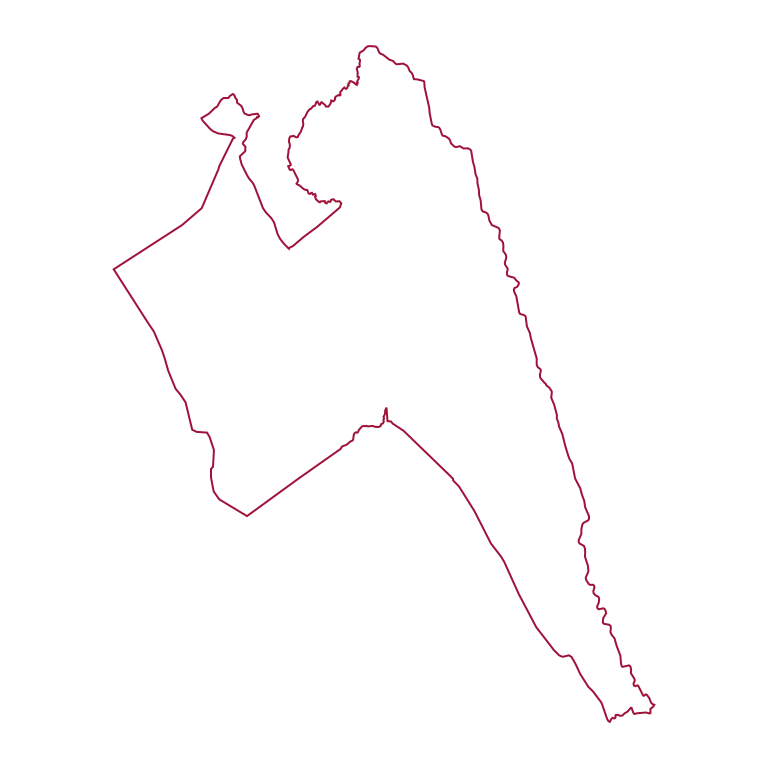 Kibwezi East, Eastern, Kenya (Equal Earth projection)
{"feature_id": "3690345B7491344905793", "entity_name": "Kibwezi East", "entity_type": "district", "adm_level": 2, "iso_a3": "KEN", "parent_name": "Kenya", "parent_adm1": "Eastern", "projection": "equal_earth", "projection_center": [38.226, -2.656], "detail": "fine", "context": "isolated", "style": "outline", "palette": "rose", "viewbox_px": 768, "rotation_deg": 0, "n_neighbors": 0, "source": "geoboundaries", "source_scale": "gbopen_adm2", "svg_char_len": 6053}
<svg xmlns="http://www.w3.org/2000/svg" viewBox="0 0 768 768"><path d="M219.3,499.4L247.0,516.1L298.2,478.8L340.9,448.7L341.5,447.0L342.5,446.3L346.7,444.7L350.6,441.3L352.0,440.9L353.1,439.8L353.8,434.7L354.4,433.4L355.9,432.3L357.4,432.6L358.1,431.9L358.9,429.9L361.9,426.5L363.3,426.0L366.0,426.2L366.6,425.9L368.0,426.4L372.7,425.9L375.2,426.9L378.3,427.0L380.6,426.2L381.0,424.3L383.0,423.3L383.8,421.5L383.4,420.1L384.1,418.3L383.5,416.8L384.8,414.4L385.2,412.4L385.1,410.7L386.5,407.6L387.5,421.1L391.0,421.5L392.7,423.6L403.6,430.8L450.5,476.2L453.0,478.8L453.2,480.5L459.1,486.6L474.4,511.0L491.0,543.6L501.2,556.8L504.2,561.8L518.7,593.9L536.2,627.1L554.0,650.2L558.9,655.1L561.5,656.5L563.5,656.7L568.8,655.3L571.6,657.0L576.0,664.9L580.2,674.0L588.4,686.9L592.9,691.3L601.0,702.0L601.9,703.8L607.2,719.1L608.5,721.2L609.8,721.9L611.5,718.7L612.6,717.9L614.2,718.5L614.9,718.2L615.5,717.5L615.5,715.3L616.1,714.9L618.4,715.0L619.6,715.8L622.3,715.6L624.4,713.5L627.4,711.7L630.8,707.9L631.5,707.8L633.4,712.9L634.4,714.0L636.8,713.3L645.9,712.5L649.8,713.5L650.5,712.9L650.4,708.9L653.4,706.5L654.3,704.7L652.7,704.3L651.1,702.7L649.2,698.0L646.8,694.8L645.8,694.4L643.9,695.8L643.2,695.6L638.1,685.6L637.2,685.4L635.5,686.1L633.9,685.5L633.5,683.5L634.7,681.0L634.7,679.8L634.3,678.6L630.9,673.2L631.1,669.7L630.4,666.4L629.0,665.4L622.8,666.8L622.1,666.6L621.6,665.8L621.0,663.4L620.4,655.8L616.7,646.0L614.5,638.3L611.7,634.9L610.4,632.0L610.9,628.0L610.7,626.2L609.4,624.8L603.9,623.8L602.8,622.6L603.2,618.2L606.1,613.4L605.5,610.5L604.4,608.8L603.4,608.3L598.6,609.3L597.4,608.2L597.1,606.5L598.8,602.5L599.2,598.2L598.2,596.7L595.6,595.4L593.6,593.2L593.3,591.2L594.5,587.1L593.9,585.5L593.2,584.8L590.1,584.8L589.0,584.3L586.6,580.8L585.8,578.7L585.8,577.4L588.2,572.0L588.4,570.5L587.9,565.8L584.9,556.4L585.2,552.0L584.9,548.3L583.9,545.9L579.6,543.5L578.7,542.0L578.6,540.3L581.3,534.1L581.4,528.8L582.4,524.4L583.7,522.7L588.3,520.3L589.0,518.7L589.0,516.3L585.1,507.0L584.3,501.0L581.9,494.6L580.2,488.2L575.1,478.5L572.2,463.6L569.5,459.0L568.2,455.5L565.3,446.1L562.3,434.0L559.1,426.6L558.4,422.8L556.8,418.3L556.9,415.0L554.2,404.8L551.2,397.7L551.8,392.9L551.7,391.2L549.2,387.5L546.5,385.5L545.6,383.7L544.2,382.5L540.5,378.2L540.0,376.5L540.0,374.5L540.9,370.4L540.2,369.0L537.8,367.2L536.7,364.8L536.7,358.5L530.9,338.3L529.8,332.8L526.9,326.4L525.7,316.8L525.3,315.9L523.2,314.8L520.2,314.0L519.2,312.5L516.3,296.2L514.3,292.1L513.8,289.7L514.5,288.1L517.0,286.9L518.3,285.2L518.9,283.5L518.7,282.4L516.4,280.5L514.1,277.7L508.3,276.1L507.5,275.6L507.0,274.5L506.9,272.1L507.6,270.4L507.5,268.2L505.2,264.9L504.8,262.5L506.0,258.9L506.3,256.5L505.7,254.5L503.2,250.9L503.4,245.7L503.0,242.6L501.7,240.7L499.4,238.9L499.2,236.9L499.9,230.7L499.1,228.6L498.3,227.8L491.9,225.1L489.4,220.6L488.4,215.6L487.7,213.9L486.0,212.5L482.7,211.4L481.5,209.5L480.6,200.2L479.1,195.1L478.9,189.9L477.5,183.4L477.3,178.6L475.6,174.5L474.4,166.8L473.0,162.1L471.2,151.0L470.4,149.7L468.2,148.4L463.4,148.4L459.9,146.2L456.1,147.1L454.3,146.6L450.9,143.2L450.0,140.2L448.8,138.5L445.7,136.4L442.6,135.6L441.6,133.7L440.5,130.0L439.4,128.0L438.3,127.1L435.1,126.7L432.4,125.4L431.7,123.5L429.6,112.8L429.3,108.1L424.6,87.3L424.3,82.1L423.8,81.1L417.9,79.5L413.9,79.1L412.6,74.6L411.5,72.7L409.8,71.2L408.0,67.0L406.6,65.4L403.1,63.6L397.3,64.3L395.7,63.8L392.9,60.9L389.4,59.7L383.0,54.7L380.0,53.5L379.0,52.1L377.4,48.1L375.8,46.5L369.5,46.1L367.5,46.4L365.3,48.1L363.7,50.3L359.7,52.7L358.5,58.8L359.9,59.6L360.0,60.7L359.5,63.7L359.8,66.2L359.3,66.9L357.6,66.9L356.7,68.8L357.7,71.9L357.5,76.7L358.8,77.0L358.8,78.7L357.5,80.6L357.2,81.7L357.8,82.6L357.1,84.3L356.6,83.5L356.1,84.4L355.5,83.6L354.6,83.6L354.2,82.8L351.0,81.1L349.7,81.3L349.4,83.1L348.5,83.4L348.2,84.5L348.7,85.3L347.6,86.3L347.1,88.2L346.3,88.8L345.5,88.7L344.3,87.5L342.2,89.5L341.9,90.4L340.5,91.7L340.2,92.4L340.5,94.9L339.6,95.5L338.8,94.9L335.7,96.6L334.8,98.2L335.1,99.3L333.9,101.0L333.1,101.3L331.3,100.5L330.6,103.4L328.6,106.5L325.9,106.5L325.0,104.9L321.6,102.2L320.9,102.8L320.1,104.6L319.3,104.8L317.4,101.5L316.4,102.0L314.9,105.7L313.1,106.2L311.0,108.7L309.5,109.4L307.4,112.0L305.1,116.9L303.2,118.9L302.8,120.9L303.3,123.8L303.0,126.5L302.1,127.8L300.9,131.6L298.1,135.8L298.0,136.8L296.3,137.4L293.5,135.8L292.0,136.4L291.3,136.2L290.3,136.5L289.2,138.6L289.0,142.0L289.7,143.9L289.9,146.2L289.5,148.0L288.5,149.9L288.5,152.0L287.6,157.4L290.8,164.4L290.6,165.2L290.1,165.6L288.2,166.2L289.7,169.6L290.5,170.1L292.3,169.3L293.1,169.7L297.7,178.9L298.0,180.1L297.9,181.5L296.5,183.7L297.8,184.8L299.4,185.3L303.6,189.0L305.0,189.7L307.2,190.0L308.6,193.4L309.2,193.8L310.6,193.7L311.2,193.0L312.0,192.8L313.1,194.7L315.1,194.0L315.7,195.5L315.8,196.3L315.1,196.7L315.3,197.5L316.0,199.3L319.1,202.1L319.9,202.3L320.7,201.4L324.3,201.1L325.1,201.3L324.9,202.2L325.4,202.9L326.6,203.4L328.4,201.4L330.0,201.9L330.5,201.6L331.1,199.8L333.4,199.2L335.7,201.4L339.5,201.3L341.3,203.3L339.8,207.5L317.0,227.0L303.8,236.8L293.0,246.0L289.4,247.8L288.9,248.8L284.0,243.8L280.2,239.0L277.7,234.4L274.0,222.3L271.3,218.1L265.9,212.4L263.0,208.2L254.2,185.5L252.9,183.1L248.8,178.2L246.7,174.5L241.8,164.7L240.1,158.7L239.8,156.3L245.2,151.3L245.4,146.7L242.8,143.8L243.2,142.2L245.7,139.4L246.7,136.8L246.7,132.5L253.9,119.9L256.7,118.1L256.9,117.2L258.1,117.3L259.1,116.1L257.5,113.7L251.5,114.5L249.9,115.2L248.2,115.1L244.7,113.6L243.4,111.4L242.7,108.7L241.3,105.9L237.2,102.8L236.9,99.7L235.3,97.9L234.4,95.3L233.0,94.0L230.1,95.8L228.4,98.0L223.6,98.0L220.9,100.1L217.0,106.8L215.1,107.7L208.9,113.7L201.4,118.2L202.6,120.6L210.3,129.1L213.0,131.2L218.0,133.4L230.2,135.1L232.4,136.0L234.5,137.8L232.8,138.9L219.2,166.3L218.5,169.1L201.7,208.2L182.0,225.1L113.7,269.3L147.7,322.4L153.8,331.4L161.8,349.9L164.5,357.7L168.2,370.7L175.6,388.8L180.5,394.7L185.6,402.4L192.2,429.7L196.7,431.9L207.0,432.6L209.6,437.0L213.8,449.6L213.9,450.9L213.0,466.7L211.0,469.0L211.0,477.6L213.7,491.5L219.3,499.4Z" fill="none" stroke="#9f1239" stroke-width="2"/></svg>